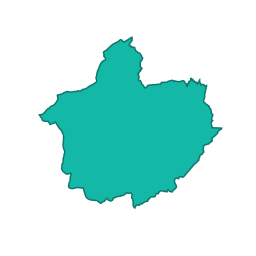 outline of Kon Tum, Kon Tum, Vietnam, rotated 41°
{"feature_id": "81297802B636661033486", "entity_name": "Kon Tum", "entity_type": "district", "adm_level": 2, "iso_a3": "VNM", "parent_name": "Vietnam", "parent_adm1": "Kon Tum", "projection": "natural_earth1", "projection_center": [107.986, 14.341], "detail": "fine", "context": "isolated", "style": "filled", "palette": "teal", "viewbox_px": 256, "rotation_deg": 41, "n_neighbors": 0, "source": "geoboundaries", "source_scale": "gbopen_adm2", "svg_char_len": 5715}
<svg xmlns="http://www.w3.org/2000/svg" viewBox="0 0 256 256"><g transform="rotate(41 128 128)"><path d="M199.4,133.1L198.9,132.0L199.2,130.7L200.3,129.6L201.4,129.5L201.8,128.7L202.0,128.1L201.9,124.4L201.9,115.3L201.8,112.3L202.4,108.1L202.5,106.3L202.5,105.7L202.2,105.2L201.2,104.2L201.3,103.5L201.2,102.9L201.0,102.5L200.4,102.2L200.3,101.8L200.7,100.1L201.2,99.1L200.9,98.1L201.0,96.4L199.0,94.9L198.2,94.4L197.7,93.1L196.6,91.6L197.1,90.3L197.7,89.7L198.3,88.4L199.3,87.1L199.4,86.8L199.3,86.0L199.4,85.1L200.0,83.5L200.0,82.5L199.8,82.1L199.1,81.4L198.1,81.0L197.8,80.6L198.5,78.5L198.9,75.7L198.8,74.5L199.0,73.3L198.3,71.6L198.2,70.8L198.6,69.1L199.1,67.9L199.1,67.5L198.8,66.7L197.3,67.8L191.9,72.2L191.1,72.5L190.8,72.3L190.5,71.7L188.5,70.7L187.5,69.8L187.1,68.6L187.0,66.8L185.7,66.9L185.4,66.7L184.7,65.6L184.4,64.9L184.1,63.8L183.1,62.2L182.4,62.4L181.5,62.2L180.4,61.4L178.4,59.6L177.7,59.5L176.8,59.6L175.3,58.5L172.4,58.5L171.4,58.8L170.3,58.6L169.5,58.7L168.9,59.0L168.1,58.6L167.5,58.2L167.1,57.8L165.7,54.6L163.5,51.8L162.6,49.8L161.6,48.5L161.0,46.9L160.4,46.3L160.0,45.0L159.3,44.4L158.7,45.8L158.4,45.8L157.1,45.6L156.4,45.7L155.7,46.2L155.3,47.2L154.6,47.7L154.2,47.4L153.6,46.6L153.3,46.6L152.8,47.0L152.3,46.9L151.6,45.8L150.6,44.8L150.7,45.6L151.4,46.9L151.1,47.8L151.4,48.7L151.5,49.3L151.1,49.2L150.6,48.6L149.7,48.6L149.3,48.6L148.8,48.9L148.7,49.6L147.7,49.7L147.2,49.2L146.7,49.8L146.4,49.9L145.0,48.8L144.9,48.9L144.8,49.6L144.6,49.8L144.3,49.7L143.5,49.1L143.1,49.1L142.9,49.4L142.9,49.8L143.8,50.4L144.2,50.9L144.2,51.6L143.5,52.7L143.4,53.0L143.5,53.2L143.8,53.4L144.1,54.0L144.6,54.2L144.5,54.4L144.0,54.8L143.9,55.1L144.1,55.6L145.0,56.3L145.3,57.7L144.6,57.7L144.3,57.6L143.8,56.6L143.6,56.5L141.5,56.5L140.8,56.3L140.1,55.7L139.5,56.2L138.5,56.1L137.7,57.1L137.2,58.6L136.8,58.8L136.0,59.5L135.7,60.1L132.5,61.7L132.4,62.4L132.1,62.7L130.8,62.6L129.8,63.3L128.5,65.3L127.8,66.3L127.5,67.5L127.2,68.0L125.8,69.4L123.5,71.4L123.4,72.0L123.7,73.5L123.7,74.0L122.6,74.6L120.3,77.3L116.6,80.9L115.1,82.7L115.1,86.3L113.6,86.5L111.5,85.8L110.4,85.9L109.4,85.7L108.1,84.9L106.4,84.2L105.4,84.7L105.0,84.8L103.9,84.1L102.9,82.3L102.1,81.6L101.8,81.8L101.4,81.3L100.8,80.9L99.8,80.7L99.8,80.4L100.0,80.0L100.1,79.0L99.9,78.5L99.7,77.9L99.1,76.8L99.2,76.5L99.8,76.7L100.0,76.7L100.0,76.4L99.2,75.1L99.3,74.8L99.5,74.4L99.5,73.9L98.8,73.7L98.2,73.9L97.0,73.5L96.4,72.8L95.3,72.1L95.2,71.4L95.0,71.2L94.4,70.9L94.1,70.6L94.0,70.3L94.0,67.7L93.9,67.4L93.4,66.9L93.3,65.7L92.2,65.6L90.7,64.5L88.9,64.2L87.9,63.8L86.3,64.5L83.6,64.4L82.9,64.7L82.3,64.2L81.0,63.6L80.2,62.9L79.8,63.3L79.3,63.5L78.5,63.9L77.8,64.1L77.4,64.7L77.2,64.6L76.9,64.3L76.5,64.3L75.5,64.4L75.0,64.8L74.6,64.7L74.2,64.4L74.0,64.0L74.0,63.6L73.8,60.8L73.5,59.2L72.5,57.7L71.4,57.0L70.7,58.9L69.4,63.6L68.5,65.8L68.1,66.1L67.7,66.2L66.7,65.7L66.1,65.7L64.5,66.1L64.3,66.4L64.0,68.4L63.6,70.0L61.6,74.8L61.2,77.5L60.7,83.4L60.5,84.0L59.8,85.7L59.8,86.4L59.9,86.9L60.2,87.4L60.8,87.8L61.8,88.2L62.3,89.3L62.6,89.6L63.0,89.8L64.4,89.8L64.9,90.0L65.7,90.5L66.0,91.0L66.1,91.4L66.0,92.0L65.2,93.6L65.0,95.5L65.1,97.0L65.9,100.1L67.1,102.7L67.4,104.2L68.0,105.8L70.1,109.4L71.0,111.2L71.5,111.6L73.2,112.6L73.8,113.5L73.9,114.0L73.8,115.0L73.1,117.7L72.5,119.2L71.6,121.2L70.9,124.2L70.4,125.9L70.0,126.8L68.4,128.8L67.8,131.4L67.4,131.8L65.8,132.6L65.7,132.9L65.5,133.9L64.0,135.2L62.4,137.4L60.5,139.0L58.1,140.4L57.4,141.5L57.0,142.8L56.5,143.4L56.2,144.7L55.8,145.8L55.2,146.7L53.2,149.2L53.2,149.6L53.5,150.0L54.6,150.7L55.2,151.2L55.6,151.4L56.2,152.3L56.8,154.3L57.0,156.7L57.1,158.1L56.9,159.6L55.5,162.6L55.6,163.9L55.4,164.6L55.5,165.3L54.8,166.4L54.8,171.5L54.5,173.7L54.1,174.4L53.2,175.3L52.5,176.3L56.2,177.2L57.5,177.7L58.5,178.3L58.9,178.3L59.9,177.9L61.7,176.8L63.1,175.7L63.6,175.4L64.0,175.4L66.9,176.5L67.1,176.3L67.7,174.6L68.8,173.3L69.2,172.3L69.2,171.3L69.4,171.2L76.0,173.2L78.8,173.5L79.9,173.7L81.5,174.6L83.3,175.2L83.8,175.5L86.2,178.1L89.9,183.1L91.0,184.2L92.1,185.2L95.5,187.1L96.2,187.7L96.5,188.2L96.9,189.5L98.2,191.3L98.8,192.9L99.1,193.5L101.4,196.3L101.7,197.0L101.8,198.0L102.0,198.6L103.6,200.7L104.6,202.4L106.3,203.0L107.7,203.4L110.5,203.3L111.4,203.2L112.3,202.7L113.1,201.9L114.0,200.4L114.7,199.7L114.9,199.7L115.5,200.4L116.6,202.8L118.9,205.8L119.3,207.4L120.2,209.2L121.7,211.3L122.6,211.6L123.2,211.6L124.3,211.2L125.8,210.2L126.3,209.7L128.3,206.7L128.9,206.1L130.3,205.0L132.6,203.6L133.5,202.6L138.8,206.0L141.3,207.5L142.5,207.7L144.3,207.7L147.0,206.8L152.2,203.1L156.4,202.8L157.0,202.6L157.1,202.3L157.2,200.4L158.2,199.2L158.2,197.3L158.0,195.8L158.3,194.9L158.8,194.9L160.0,195.4L160.4,195.4L162.5,194.6L163.2,194.0L163.6,192.8L163.6,192.2L163.4,191.4L162.8,190.8L162.7,190.5L163.2,190.1L163.5,189.8L164.7,187.1L165.8,185.7L167.0,184.5L167.2,184.0L167.1,183.4L167.9,182.9L168.5,182.0L169.2,180.3L169.4,177.5L170.9,177.3L172.6,175.2L174.8,175.6L176.5,178.3L177.1,178.5L177.9,178.5L178.4,178.8L180.5,180.5L181.7,182.0L182.5,182.9L184.0,183.7L184.9,183.9L185.6,183.9L185.0,182.3L185.2,180.6L185.8,179.7L187.3,178.7L187.1,177.4L187.3,176.9L187.5,176.6L188.4,176.1L188.5,174.8L189.2,172.4L190.9,170.3L190.8,169.9L189.8,168.5L189.9,168.1L190.5,167.6L190.6,167.3L190.3,166.2L190.3,165.6L190.7,164.8L191.4,164.1L192.3,163.2L193.0,162.7L193.2,162.4L193.3,161.7L193.1,160.9L192.5,160.1L192.3,159.3L192.8,158.5L194.0,157.7L193.6,156.5L193.5,155.6L193.9,153.9L194.6,153.2L197.0,152.2L197.8,151.2L199.2,150.8L199.2,150.2L198.7,148.3L201.2,148.5L203.3,147.2L203.0,145.1L203.5,143.1L203.4,141.3L203.2,140.7L202.8,140.3L201.8,139.6L199.2,138.7L197.3,136.9L197.0,136.3L196.9,135.4L197.5,133.8L198.3,133.3L199.4,133.1Z" fill="#14b8a6" stroke="#0f766e" stroke-width="1.5"/></g></svg>